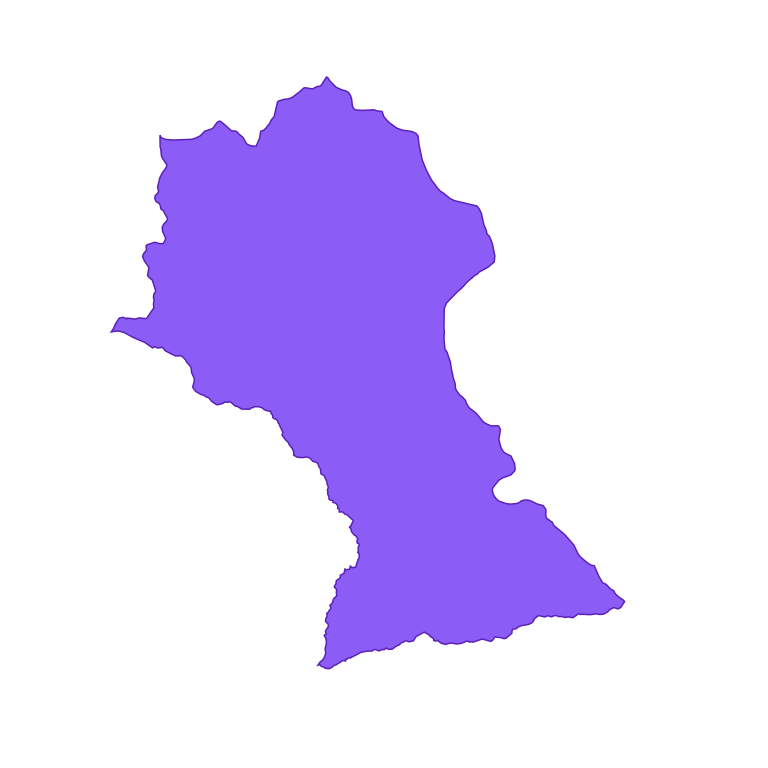 San Sebastian, Cauca, Colombia (Mercator projection), rotated 281°
{"feature_id": "7082276B83850714200687", "entity_name": "San Sebastian", "entity_type": "district", "adm_level": 2, "iso_a3": "COL", "parent_name": "Colombia", "parent_adm1": "Cauca", "projection": "mercator", "projection_center": [-76.773, 1.841], "detail": "fine", "context": "isolated", "style": "filled", "palette": "violet", "viewbox_px": 768, "rotation_deg": 281, "n_neighbors": 0, "source": "geoboundaries", "source_scale": "gbopen_adm2", "svg_char_len": 6161}
<svg xmlns="http://www.w3.org/2000/svg" viewBox="0 0 768 768"><g transform="rotate(281 384 384)"><path d="M585.5,116.6L574.5,118.9L571.3,120.3L566.0,121.8L563.4,123.3L558.4,128.4L557.1,129.1L554.6,128.8L549.0,126.1L543.6,124.6L534.0,124.2L530.2,125.9L527.8,125.3L525.3,123.5L522.4,123.6L519.7,125.3L518.2,129.1L516.2,130.5L513.1,131.7L512.2,134.0L505.3,139.8L503.4,140.0L498.8,137.2L495.5,136.4L491.4,137.6L485.5,141.9L482.4,141.5L479.8,140.5L479.0,137.2L479.4,131.8L475.3,124.6L474.1,124.1L470.1,125.3L466.6,123.4L464.5,122.8L462.6,122.9L459.0,125.4L453.5,131.0L445.5,131.2L444.3,132.2L441.7,136.8L432.2,141.9L430.9,142.1L428.3,140.9L424.7,141.2L422.4,142.4L418.5,142.4L415.1,143.6L403.6,138.7L402.7,137.6L402.2,131.0L400.3,127.5L399.7,119.2L398.8,119.1L399.7,115.3L398.3,111.6L392.0,109.0L386.6,107.8L383.1,106.3L385.0,111.6L385.3,114.7L385.0,118.7L381.6,129.8L379.2,141.2L375.3,149.9L377.0,151.8L376.1,154.9L377.7,159.5L374.8,163.1L372.6,170.6L371.8,174.4L372.7,178.0L372.7,180.6L369.9,184.4L367.8,186.1L364.7,190.2L363.1,191.5L358.4,193.0L353.1,196.8L350.0,197.2L344.8,196.8L343.5,197.5L340.8,200.6L340.3,201.9L338.8,206.3L338.6,209.3L337.4,211.6L337.1,214.5L333.9,218.4L331.9,223.2L331.8,224.4L334.1,229.4L335.8,230.9L336.4,234.7L337.4,236.4L333.9,242.1L333.9,244.6L332.2,249.1L333.6,256.7L334.1,257.7L335.3,257.9L335.7,259.8L337.0,261.1L337.8,265.6L337.3,269.2L336.1,271.0L335.5,273.3L335.4,278.3L333.7,278.7L332.4,280.4L329.6,281.4L328.1,286.1L325.5,287.6L324.9,288.8L323.8,289.1L317.2,294.0L314.4,293.6L310.2,298.2L308.5,301.0L306.3,302.6L303.1,306.3L300.0,308.5L296.9,308.9L295.5,313.0L296.3,318.6L297.5,321.5L297.4,323.9L297.1,325.4L294.4,329.1L294.3,332.1L293.5,333.9L292.4,335.0L290.9,335.4L288.6,337.7L283.7,339.3L282.8,342.6L276.8,346.7L274.8,347.3L272.3,349.0L268.9,348.7L267.2,349.5L265.6,349.6L262.5,351.5L260.6,351.9L259.8,353.0L259.9,355.8L258.0,356.6L257.9,358.8L257.1,360.3L255.3,362.0L253.0,362.2L252.7,363.5L251.9,364.0L249.8,364.5L250.3,366.0L250.3,368.8L248.9,369.9L248.5,372.7L244.3,379.6L243.3,379.9L239.6,378.7L238.3,378.7L237.3,377.5L236.6,377.6L235.5,379.4L233.7,379.8L232.3,380.8L229.9,384.0L229.7,385.1L227.1,387.8L225.5,387.4L223.3,387.7L222.5,388.5L222.3,389.9L221.6,390.6L218.9,389.8L215.2,390.7L213.6,390.3L212.9,391.9L209.1,392.8L206.7,392.0L198.9,391.1L197.7,388.0L198.8,385.7L195.6,385.6L194.5,382.2L194.9,381.0L190.5,380.8L187.9,377.6L185.4,378.0L181.8,374.7L178.7,374.9L175.5,373.9L174.6,374.5L173.5,376.7L170.1,377.0L167.1,378.1L164.0,375.8L162.2,375.2L159.6,375.3L156.4,373.1L154.5,374.6L153.7,374.6L152.2,374.2L151.7,373.5L150.1,373.2L147.8,371.6L145.5,372.5L142.8,371.7L140.6,371.8L139.7,371.9L137.6,375.0L135.4,375.7L130.5,373.7L129.1,374.0L127.9,375.0L127.2,375.0L126.5,373.6L125.7,373.3L123.6,375.2L120.9,376.4L117.7,377.0L113.2,376.6L108.6,378.2L103.6,377.4L101.2,376.2L98.6,374.1L95.3,372.8L96.3,374.8L94.8,376.5L94.6,379.1L93.7,380.5L94.0,384.3L96.1,387.2L98.2,388.5L98.8,390.1L104.7,396.4L104.8,399.2L106.2,398.8L106.7,399.2L106.9,400.4L108.5,401.3L108.7,403.6L110.0,404.2L110.1,405.0L116.2,412.6L118.8,419.1L119.5,423.1L121.0,424.5L121.8,426.2L121.0,429.9L122.8,432.4L123.3,434.9L125.2,436.7L124.4,438.9L125.2,442.6L129.1,446.1L130.8,448.7L133.6,450.6L134.2,452.2L136.2,454.1L135.7,457.9L137.6,462.0L142.2,463.7L148.1,470.8L146.1,476.7L145.0,477.3L144.1,480.2L143.0,481.6L142.1,481.5L141.7,481.9L141.5,483.8L142.7,485.8L141.8,486.6L141.5,487.8L140.6,488.9L140.7,490.5L140.0,491.5L140.6,492.4L140.0,493.9L142.0,497.7L142.7,500.8L142.6,504.7L144.1,509.3L147.3,514.1L147.4,516.0L146.9,517.1L147.7,519.1L147.5,520.5L152.4,529.0L151.7,537.8L153.1,539.5L156.9,541.2L157.3,547.7L156.9,550.4L157.7,552.3L163.6,557.0L166.7,556.8L167.9,557.4L169.1,560.6L170.8,561.8L173.0,565.0L175.4,571.4L177.6,574.6L180.2,576.1L182.1,576.4L185.7,579.4L186.2,580.7L186.0,586.3L187.8,589.1L187.4,593.1L188.6,594.4L189.6,597.0L189.0,600.1L189.6,602.6L189.5,606.6L190.5,609.1L190.6,614.0L195.6,618.9L195.2,620.8L195.8,622.7L197.0,630.9L198.8,635.9L198.9,639.7L199.9,643.3L203.1,647.2L204.9,648.0L208.1,651.7L208.3,653.4L207.8,656.3L209.0,658.2L210.4,659.3L216.4,661.7L217.5,660.2L220.3,653.9L222.3,651.0L224.9,648.9L226.2,645.0L229.6,640.6L230.7,636.5L235.8,631.9L245.7,625.1L245.7,621.5L247.7,616.9L252.2,609.0L254.8,606.5L262.0,601.2L266.0,596.2L270.9,589.8L277.5,577.7L280.3,575.6L283.1,569.6L284.6,568.4L287.1,567.6L290.9,567.1L292.2,566.4L295.0,563.4L295.4,557.4L297.4,549.7L297.5,546.9L296.7,543.5L295.4,541.1L293.3,539.2L291.9,536.8L290.2,531.0L289.9,526.7L290.9,519.3L292.4,516.5L295.0,513.6L297.7,511.7L300.7,510.5L302.9,510.6L311.6,515.2L314.4,518.3L318.8,525.7L323.2,528.7L325.5,529.0L330.7,527.4L337.5,522.4L339.2,516.1L340.2,514.4L342.2,512.2L345.1,510.3L351.6,507.3L361.4,507.0L364.2,505.0L364.8,503.8L363.3,497.3L364.6,491.4L365.8,488.7L373.0,479.9L377.1,471.9L380.7,468.6L383.6,467.0L386.4,463.1L387.6,460.4L391.7,456.2L393.1,455.1L397.9,453.8L402.7,451.1L410.8,447.6L418.3,444.9L427.4,439.7L429.8,437.2L439.6,434.3L447.2,433.2L450.1,432.2L469.7,428.7L475.6,430.0L488.2,438.2L493.3,442.2L500.4,446.5L508.3,452.8L509.7,454.7L511.9,455.9L518.4,463.7L524.8,468.9L530.8,468.4L542.4,463.6L548.8,459.5L551.1,456.4L554.2,455.2L558.9,451.9L570.1,447.0L573.9,444.2L576.5,441.3L577.4,418.1L578.8,413.1L582.9,405.6L583.9,402.7L586.4,399.3L593.4,391.6L602.0,384.8L610.8,379.0L625.1,372.9L634.1,370.0L636.1,367.6L637.2,363.3L636.7,353.6L637.6,347.8L641.6,339.2L643.9,335.9L646.4,332.9L651.1,330.1L650.8,324.5L651.3,322.0L648.5,310.7L647.6,303.6L649.0,301.2L651.3,299.8L657.7,297.8L660.6,296.2L663.2,293.8L664.3,291.1L664.8,286.2L666.1,280.5L670.8,273.5L674.1,270.2L674.3,268.9L665.5,265.5L664.3,264.3L662.7,260.9L660.0,257.4L659.8,250.3L659.2,248.7L655.3,245.9L647.7,239.1L645.4,235.2L644.6,232.1L641.6,226.4L640.4,225.7L625.5,225.1L621.3,222.8L618.4,222.2L612.7,219.3L610.2,217.5L608.5,214.7L602.1,215.0L593.1,213.2L592.3,207.7L593.6,203.2L599.2,198.5L601.7,193.8L603.4,191.7L604.0,189.6L603.4,186.1L609.2,176.3L610.8,172.8L609.8,171.0L608.7,170.1L603.1,167.6L601.6,166.4L598.1,159.9L592.6,156.3L589.4,152.1L587.6,148.9L583.3,130.7L582.4,122.8L583.2,118.5L585.5,116.6Z" fill="#8b5cf6" stroke="#5b21b6" stroke-width="1.5"/></g></svg>